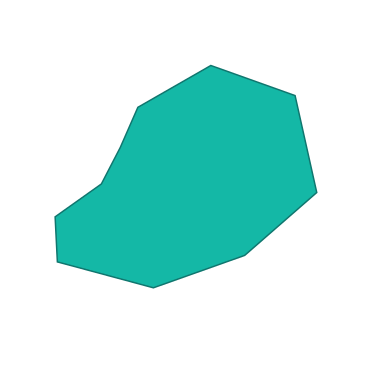 the border of Gwangju, rotated 310°
{"feature_id": "KOR-2500", "entity_name": "Gwangju", "entity_type": "Metropolitan City", "adm_level": 1, "iso_a3": "KOR", "parent_name": "South Korea", "parent_adm1": "", "projection": "robinson", "projection_center": [126.912, 35.202], "detail": "fine", "context": "isolated", "style": "filled", "palette": "teal", "viewbox_px": 384, "rotation_deg": 310, "n_neighbors": 0, "source": "natural_earth", "source_scale": "10m", "svg_char_len": 298}
<svg xmlns="http://www.w3.org/2000/svg" viewBox="0 0 384 384"><g transform="rotate(310 192 192)"><path d="M222.1,96.1L301.0,125.1L332.1,209.0L271.8,287.9L177.3,273.1L93.8,224.0L51.9,133.8L85.0,103.1L139.9,117.4L180.1,108.4L222.1,96.1Z" fill="#14b8a6" stroke="#0f766e" stroke-width="1.5"/></g></svg>